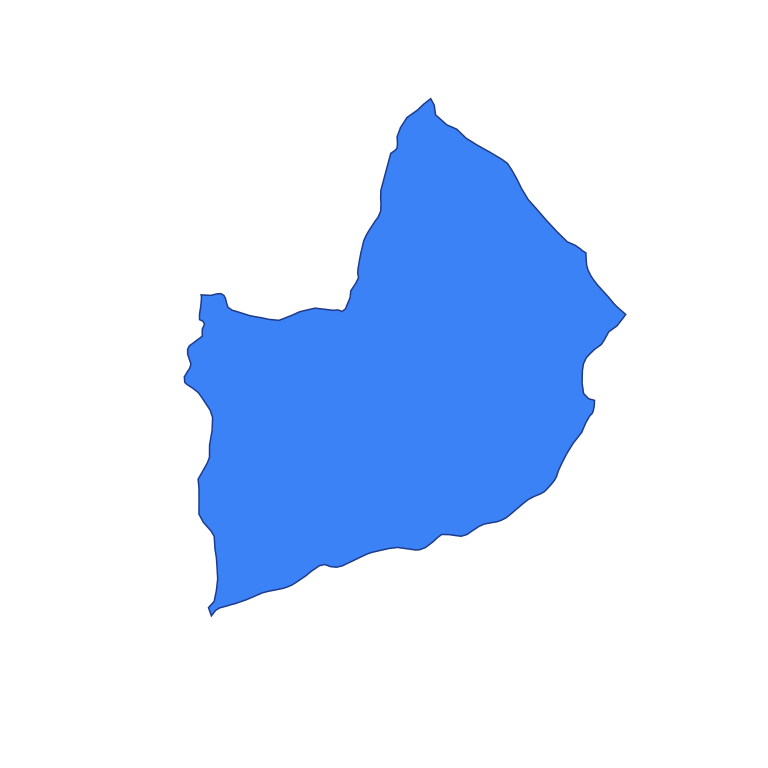 Yurung, Pemagatsel, Bhutan, rotated 203°
{"feature_id": "84629894B71401387613270", "entity_name": "Yurung", "entity_type": "district", "adm_level": 2, "iso_a3": "BTN", "parent_name": "Bhutan", "parent_adm1": "Pemagatsel", "projection": "orthographic", "projection_center": [91.346, 27.042], "detail": "fine", "context": "isolated", "style": "filled", "palette": "blue", "viewbox_px": 768, "rotation_deg": 203, "n_neighbors": 0, "source": "geoboundaries", "source_scale": "gbopen_adm2", "svg_char_len": 2907}
<svg xmlns="http://www.w3.org/2000/svg" viewBox="0 0 768 768"><g transform="rotate(203 384 384)"><path d="M249.4,583.6L253.8,584.3L256.3,585.2L259.0,585.7L262.0,586.4L270.9,586.5L284.3,591.8L297.8,597.8L311.3,604.4L323.3,610.1L333.7,617.6L342.0,624.8L349.7,630.7L356.7,635.4L359.1,635.9L362.5,636.7L377.3,638.8L391.5,640.3L404.4,642.3L416.6,647.0L427.5,647.1L437.1,650.4L441.6,651.8L446.7,660.3L452.5,664.9L456.9,657.0L460.2,649.3L467.0,638.3L467.4,635.9L468.0,632.1L469.0,626.6L468.8,622.9L468.6,616.8L465.4,610.3L464.2,606.3L465.0,603.6L467.9,598.9L465.6,582.4L462.5,560.8L461.6,558.7L459.9,554.2L457.4,549.2L454.6,542.0L454.6,535.1L455.8,530.6L457.5,521.0L457.9,518.6L458.5,514.0L458.6,507.6L457.1,499.3L456.7,496.5L456.2,494.2L455.1,489.0L453.9,484.0L452.8,479.5L451.5,475.8L449.0,471.9L449.4,465.3L451.0,456.8L449.1,450.9L448.9,447.3L448.9,441.6L448.8,438.2L451.0,434.3L453.2,434.4L455.6,434.1L459.5,432.0L464.4,430.6L477.1,426.9L486.6,420.0L489.8,417.6L496.2,410.7L505.5,401.6L515.3,398.5L522.6,397.1L529.0,395.6L534.2,394.5L537.1,394.2L543.5,393.6L549.8,393.0L552.3,392.6L557.5,393.6L560.1,396.5L563.4,400.9L566.0,403.0L569.4,403.5L573.0,401.7L578.2,397.8L587.2,394.6L585.8,392.4L583.2,384.5L581.1,376.2L579.0,371.2L575.2,371.0L572.6,368.9L572.7,363.4L570.0,357.0L578.1,343.0L578.3,339.1L576.3,334.6L569.4,326.8L569.0,322.2L569.7,319.2L570.6,312.5L568.0,307.6L565.2,306.6L558.5,305.4L551.8,303.6L547.2,300.9L533.8,292.0L528.7,286.2L524.1,274.1L523.3,270.6L520.7,259.6L516.0,248.3L515.8,242.0L517.9,223.7L513.6,215.8L508.5,203.9L503.5,191.9L496.4,186.2L485.6,181.0L480.8,177.4L475.1,166.1L470.2,158.2L466.2,150.3L460.9,139.5L457.5,128.0L455.4,117.5L458.2,109.6L452.3,103.1L450.6,109.7L448.0,113.5L442.0,118.2L438.2,121.4L434.9,123.9L426.0,132.0L419.9,138.4L414.5,144.1L410.0,147.6L397.2,156.3L394.0,159.1L390.2,163.0L386.9,167.8L380.9,177.1L377.8,183.2L374.9,187.6L372.6,191.4L368.0,194.7L361.9,195.0L356.1,196.8L351.3,200.3L337.9,215.6L332.7,221.3L329.6,224.1L324.1,228.1L315.2,234.5L307.6,238.9L299.9,240.9L295.3,242.2L290.1,243.5L286.5,245.3L281.9,249.7L277.3,257.8L274.4,264.2L272.0,268.1L265.2,270.8L258.1,272.7L253.5,274.0L248.9,277.8L245.3,283.4L240.9,290.1L236.8,294.4L230.6,298.5L226.2,301.3L222.8,304.4L219.4,308.4L216.1,314.6L209.7,327.4L206.3,333.7L202.4,338.6L196.6,344.5L194.2,347.8L192.6,351.9L190.9,356.8L189.5,361.8L189.0,366.0L189.6,372.3L189.3,381.6L188.6,390.5L188.3,393.1L186.7,403.3L183.1,416.8L183.1,427.0L182.2,434.9L180.8,438.6L180.9,440.9L181.7,445.1L182.4,447.4L183.8,451.2L189.9,450.4L196.5,453.2L197.8,455.3L202.1,462.4L206.6,473.9L208.3,480.5L208.0,487.4L205.8,493.3L203.7,498.2L199.5,505.1L198.5,509.7L197.5,519.9L192.3,528.5L189.5,538.8L188.7,542.5L195.2,544.6L200.2,546.3L203.8,547.8L211.5,551.8L219.5,555.5L225.4,558.2L229.8,560.6L233.0,562.5L236.6,565.0L241.0,568.9L244.1,572.9L247.4,579.4L249.4,583.6Z" fill="#3b82f6" stroke="#1e3a8a" stroke-width="1.5"/></g></svg>